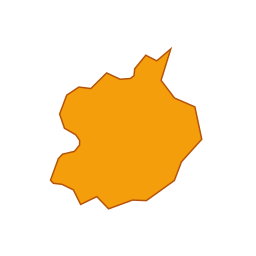 an SVG outline of Bedford, rotated 300°
{"feature_id": "GBR-5698", "entity_name": "Bedford", "entity_type": "Unitary Authority", "adm_level": 1, "iso_a3": "GBR", "parent_name": "United Kingdom", "parent_adm1": "", "projection": "natural_earth1", "projection_center": [-0.481, 52.188], "detail": "fine", "context": "isolated", "style": "filled", "palette": "amber", "viewbox_px": 256, "rotation_deg": 300, "n_neighbors": 0, "source": "natural_earth", "source_scale": "10m", "svg_char_len": 558}
<svg xmlns="http://www.w3.org/2000/svg" viewBox="0 0 256 256"><g transform="rotate(300 128 128)"><path d="M74.3,180.2L67.8,167.9L48.3,151.6L53.0,135.3L38.1,125.2L47.1,111.7L46.2,98.9L42.8,91.1L44.0,87.0L66.7,83.0L72.6,84.4L81.0,93.3L88.9,94.6L93.0,92.4L96.0,86.2L96.0,73.1L105.9,61.8L125.8,58.5L138.9,65.0L143.6,76.1L165.0,82.0L166.3,96.8L172.1,105.3L176.3,107.0L182.7,104.2L199.9,107.0L200.5,119.3L217.9,125.5L185.8,132.8L177.2,153.3L179.7,175.4L155.1,197.5L125.5,191.2L105.7,194.4L74.3,180.2Z" fill="#f59e0b" stroke="#b45309" stroke-width="1.5"/></g></svg>